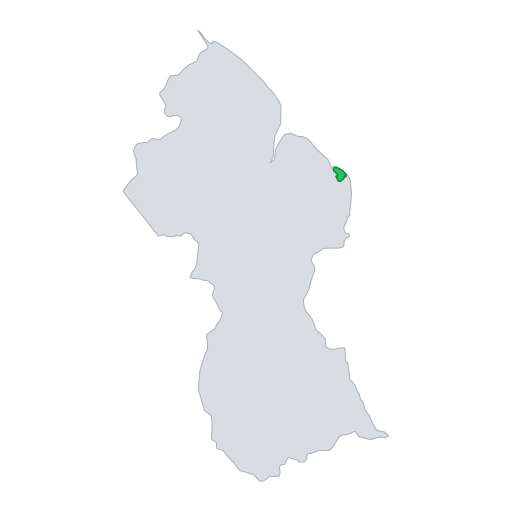 VI-2 East Canje/E.C.Berb, East Berbice-Corentyne, Guyana (highlighted)
{"feature_id": "73187651B18433747523923", "entity_name": "VI-2 East Canje/E.C.Berb", "entity_type": "district", "adm_level": 2, "iso_a3": "GUY", "parent_name": "Guyana", "parent_adm1": "East Berbice-Corentyne", "projection": "robinson", "projection_center": [-57.388, 6.209], "detail": "fine", "context": "in_parent", "style": "filled", "palette": "green", "viewbox_px": 512, "rotation_deg": 0, "n_neighbors": 0, "source": "geoboundaries", "source_scale": "gbopen_adm2", "svg_char_len": 4438}
<svg xmlns="http://www.w3.org/2000/svg" viewBox="0 0 512 512"><path d="M158.3,236.0L146.9,221.5L135.4,207.0L124.1,192.7L123.3,190.8L128.1,184.0L132.3,179.1L135.8,176.3L137.5,173.9L136.3,163.4L136.3,159.7L134.7,155.6L133.5,151.0L134.9,147.1L136.7,144.4L138.9,143.4L144.2,142.5L147.9,142.1L149.2,140.6L151.4,138.8L154.2,138.7L159.8,139.9L162.3,137.6L166.9,134.5L177.2,129.1L179.6,125.5L181.2,120.1L181.0,117.5L180.0,116.5L177.4,115.6L173.5,115.5L170.3,116.9L167.1,116.1L164.4,112.8L164.3,110.0L165.9,106.0L164.9,103.4L159.8,95.1L159.8,92.9L163.6,89.1L165.7,86.0L168.6,78.4L170.9,75.9L178.1,75.0L179.9,73.4L183.6,69.3L189.1,64.8L196.9,61.1L199.2,54.5L200.6,52.7L206.8,49.2L207.9,47.3L207.8,45.6L197.8,30.7L199.8,31.7L207.5,41.5L211.8,43.6L212.7,43.6L212.8,41.1L216.7,42.2L226.9,48.8L241.9,59.8L262.8,80.6L268.8,88.5L272.8,92.2L279.0,101.3L280.9,105.7L280.7,123.4L275.1,135.3L273.8,144.3L273.5,156.2L270.2,163.1L274.5,159.4L275.8,148.6L279.5,142.0L284.2,134.8L290.5,133.1L297.3,136.2L302.7,136.7L307.6,138.8L317.8,150.3L327.8,159.4L331.5,166.7L342.1,170.3L348.4,176.1L350.4,181.1L351.6,194.1L349.6,213.7L350.1,214.7L347.3,218.6L346.7,221.1L344.9,225.4L343.4,227.8L345.5,233.2L347.9,233.5L348.9,234.2L349.5,235.2L349.3,236.4L348.4,237.4L346.1,238.7L343.9,241.9L344.1,245.3L342.8,247.1L338.4,248.1L329.8,248.1L325.6,248.3L322.2,248.9L320.0,251.1L317.2,252.7L315.0,253.1L313.0,255.7L311.1,259.4L311.7,261.9L313.7,265.3L314.9,268.7L313.4,274.3L311.7,278.6L310.7,281.9L309.3,288.2L306.0,295.2L303.6,299.1L303.6,303.4L304.8,309.5L311.6,318.5L313.8,322.7L315.6,329.5L321.7,334.9L325.5,339.3L325.2,345.0L325.7,346.8L328.1,348.2L330.9,349.4L334.1,349.3L337.0,348.8L337.7,348.0L344.3,347.9L345.0,349.3L345.4,357.6L345.6,360.9L347.2,362.3L348.1,364.3L348.2,366.2L348.5,370.8L349.5,373.2L349.3,378.2L350.0,380.0L351.8,381.2L354.1,384.7L355.0,385.2L355.4,386.4L357.4,391.5L358.4,393.0L359.1,393.2L359.4,395.0L360.8,399.7L361.8,400.8L363.7,404.3L364.4,408.1L366.8,412.3L369.3,415.3L370.4,418.4L373.6,425.3L376.7,430.1L380.9,431.3L384.4,432.0L386.5,433.8L388.7,435.8L386.4,436.8L384.3,438.0L381.5,437.0L377.5,437.6L373.3,438.9L369.5,439.6L362.3,437.4L360.1,437.1L358.7,436.2L355.7,431.9L354.3,431.4L350.4,433.4L345.8,434.8L343.5,434.5L340.8,436.0L338.4,437.9L333.6,446.2L331.1,449.1L328.5,450.4L323.2,450.4L317.6,450.7L313.4,452.7L309.5,453.7L307.5,453.9L306.8,458.4L305.9,460.5L304.7,461.7L301.6,462.1L298.9,461.9L297.2,460.0L294.1,459.1L291.3,458.4L289.5,457.3L288.1,457.6L286.9,459.5L286.0,461.1L285.1,464.1L280.9,465.0L279.2,466.7L280.2,472.3L279.7,474.5L278.8,476.2L273.8,476.5L269.5,476.4L267.0,478.4L263.9,480.8L262.1,481.3L259.8,481.1L256.9,478.4L254.1,474.9L247.0,472.5L239.9,470.6L235.2,465.1L234.2,462.5L232.0,461.3L226.5,454.8L223.4,450.7L220.1,449.6L216.3,447.9L216.5,444.9L216.2,442.0L214.6,440.8L212.3,440.0L211.5,438.4L211.7,434.6L212.2,424.8L211.5,415.5L206.5,412.2L204.3,410.0L200.4,396.2L198.6,390.0L198.5,385.4L199.8,371.6L201.3,365.6L205.2,353.6L207.5,349.6L207.6,346.5L207.4,342.6L206.2,335.0L212.9,330.1L215.7,328.1L216.2,324.8L219.8,320.7L221.3,316.8L222.7,313.7L222.3,312.1L220.7,311.2L218.9,308.2L215.1,299.8L213.7,298.1L212.5,295.8L213.1,292.0L214.6,288.0L214.4,286.3L212.1,284.1L207.4,280.5L203.5,280.2L200.4,278.9L196.0,278.7L192.4,278.3L190.3,277.0L190.8,274.7L191.7,273.0L194.7,268.8L196.7,264.3L197.0,259.8L197.6,254.0L198.4,249.0L198.9,243.3L194.2,239.5L192.7,236.4L190.7,233.7L188.6,233.7L185.4,232.5L180.3,236.1L176.3,235.5L173.6,236.8L167.3,236.5L163.2,234.8L158.3,236.0Z" fill="#d9dde1" stroke="#a8b0b8" stroke-width="1"/><path d="M339.0,181.3L339.5,181.4L340.0,181.1L340.5,181.0L341.1,180.9L341.5,180.6L341.9,180.2L342.3,179.9L342.7,179.5L343.1,179.1L343.8,178.3L344.1,177.8L344.2,177.3L344.2,176.7L344.3,176.2L344.6,175.7L345.0,175.7L345.3,176.3L345.6,176.7L345.9,176.2L346.0,175.5L346.1,175.0L346.3,174.4L344.7,172.8L344.0,172.2L343.6,171.6L342.9,171.1L342.5,170.7L341.8,170.4L341.3,170.0L340.7,169.7L339.6,168.7L339.2,168.5L338.7,168.4L338.3,168.3L338.0,168.1L336.6,167.3L336.1,167.1L334.5,167.1L333.4,168.4L333.5,168.9L333.5,169.6L333.6,170.2L333.7,170.7L334.0,171.1L334.5,171.7L335.0,172.1L335.4,172.4L335.8,172.7L336.3,173.1L336.8,173.6L337.2,174.1L337.5,174.6L337.6,175.1L337.6,175.7L337.2,175.9L336.7,175.9L336.2,176.0L335.9,176.5L336.1,177.0L336.5,177.4L337.0,177.8L337.4,178.3L337.3,178.9L337.4,179.6L337.7,180.0L338.0,180.6L338.3,180.9L339.0,181.3Z" fill="#22c55e" stroke="#15803d" stroke-width="1.5"/></svg>